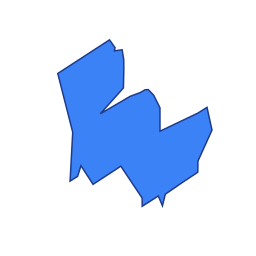 the district of Komo/Magarima District, Southern Highlands, Papua New Guinea, rotated 57°
{"feature_id": "67681753B72976764448166", "entity_name": "Komo/Magarima District", "entity_type": "district", "adm_level": 2, "iso_a3": "PNG", "parent_name": "Papua New Guinea", "parent_adm1": "Southern Highlands", "projection": "robinson", "projection_center": [143.048, -6.045], "detail": "fine", "context": "isolated", "style": "filled", "palette": "blue", "viewbox_px": 256, "rotation_deg": 57, "n_neighbors": 0, "source": "geoboundaries", "source_scale": "gbopen_adm2", "svg_char_len": 622}
<svg xmlns="http://www.w3.org/2000/svg" viewBox="0 0 256 256"><g transform="rotate(57 128 128)"><path d="M153.7,50.5L153.6,57.7L153.6,60.9L148.1,102.9L128.3,90.1L127.4,90.2L126.9,90.0L114.6,88.6L106.8,90.1L105.2,92.9L105.0,98.1L102.6,109.0L102.5,110.8L102.5,111.1L101.0,143.5L91.9,110.0L76.0,99.2L68.3,94.3L59.2,90.3L55.9,97.4L53.6,95.1L44.0,95.5L44.0,157.2L101.5,176.7L141.0,205.5L141.1,196.6L134.0,188.0L156.2,188.0L156.2,181.2L156.1,154.8L194.4,154.3L201.4,158.7L201.5,139.6L212.0,141.5L203.8,132.7L203.3,112.4L203.1,93.6L193.8,87.3L175.5,58.7L153.7,50.5Z" fill="#3b82f6" stroke="#1e3a8a" stroke-width="1.5"/></g></svg>